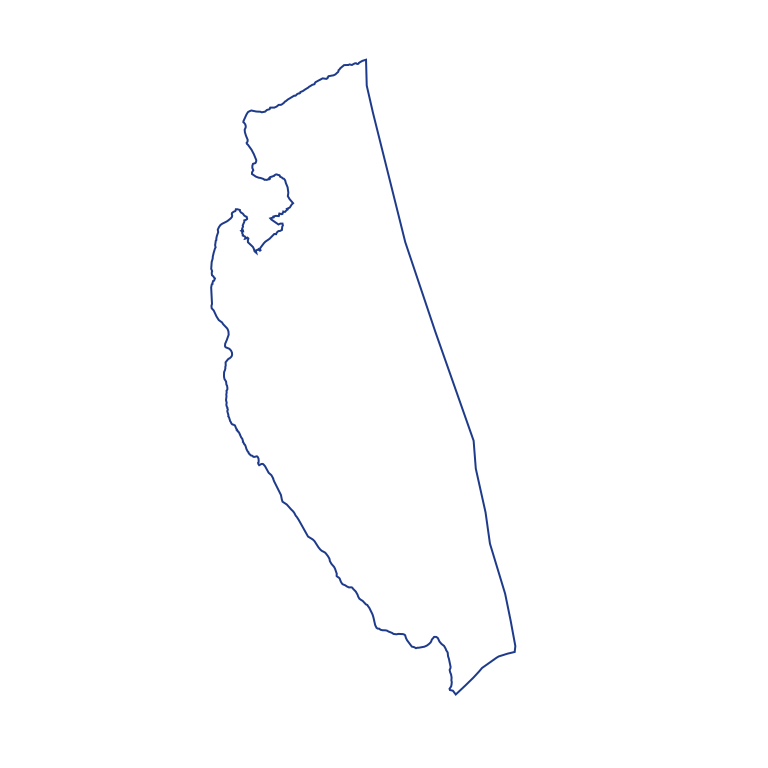 the district of Buru, Maluku, Indonesia, rotated 239°
{"feature_id": "22746128B29167244459072", "entity_name": "Buru", "entity_type": "district", "adm_level": 2, "iso_a3": "IDN", "parent_name": "Indonesia", "parent_adm1": "Maluku", "projection": "albers", "projection_center": [126.803, -3.345], "detail": "fine", "context": "isolated", "style": "outline", "palette": "blue", "viewbox_px": 768, "rotation_deg": 239, "n_neighbors": 0, "source": "geoboundaries", "source_scale": "gbopen_adm2", "svg_char_len": 6148}
<svg xmlns="http://www.w3.org/2000/svg" viewBox="0 0 768 768"><g transform="rotate(239 384 384)"><path d="M671.2,535.6L672.1,532.0L672.2,529.5L672.2,527.9L671.8,527.3L671.8,526.3L672.5,525.6L673.4,525.2L673.9,523.9L674.0,520.8L675.7,519.0L675.8,517.8L677.9,514.0L677.1,508.9L676.6,508.1L676.4,506.7L675.5,506.0L675.0,505.1L674.9,504.1L674.4,501.8L674.6,499.7L676.4,495.0L675.9,494.3L675.9,493.7L675.2,493.1L675.2,491.8L677.6,488.8L678.0,480.9L677.6,479.8L676.8,478.8L677.4,476.6L677.3,474.3L677.4,473.1L677.1,471.6L677.1,468.1L676.9,465.3L677.3,462.7L676.7,462.1L676.6,461.3L677.1,460.4L677.2,458.6L676.7,457.1L676.9,456.1L677.4,455.6L677.4,448.2L677.0,445.5L677.1,444.5L676.6,443.2L676.3,440.8L676.4,439.3L677.5,437.5L677.1,434.9L677.4,432.3L679.4,429.1L679.5,428.7L678.8,428.1L678.5,427.3L679.2,424.8L678.7,422.3L679.1,421.2L679.9,419.1L681.1,418.2L683.3,414.9L686.8,411.1L687.1,409.0L687.1,407.4L685.9,405.0L681.6,398.8L680.8,398.3L680.2,398.6L678.0,398.8L676.2,398.3L675.1,397.5L673.8,395.6L671.6,394.5L668.1,393.6L663.5,392.9L662.1,391.9L661.4,390.4L660.5,390.2L659.1,390.6L653.1,391.1L647.9,390.8L641.6,389.8L640.9,389.3L640.0,388.3L639.6,387.5L640.2,385.1L638.9,383.6L637.0,382.4L634.6,382.1L633.4,379.9L632.0,379.0L627.7,381.0L625.3,382.9L624.3,384.2L621.8,386.3L620.6,386.7L620.3,387.4L619.4,388.5L619.0,389.9L619.1,390.5L618.5,391.3L618.7,392.0L619.2,392.0L619.6,391.6L620.0,393.0L619.7,394.1L619.4,394.5L619.5,395.0L619.0,397.0L619.3,397.4L619.3,399.1L618.9,400.0L617.6,401.0L616.8,401.9L616.4,402.0L615.6,401.7L615.0,401.8L613.8,402.7L612.2,403.2L611.5,403.9L610.3,404.1L609.2,404.1L607.0,403.4L602.3,402.7L597.2,400.5L594.5,398.3L591.0,398.3L585.8,399.2L585.4,397.3L583.8,394.2L584.1,391.0L583.2,391.1L583.2,390.2L582.5,387.7L583.7,386.5L583.0,385.9L582.8,385.1L582.1,384.6L582.2,383.8L584.0,382.1L583.3,381.3L582.5,380.9L582.1,380.3L583.9,377.8L584.5,375.4L583.7,375.2L584.5,371.9L582.9,372.2L575.1,375.7L574.9,377.7L573.8,379.6L572.0,379.0L571.3,377.8L569.2,376.3L569.3,376.2L568.6,375.6L568.8,373.6L569.4,372.4L569.3,371.0L568.5,369.2L568.0,368.7L569.1,367.2L567.4,360.6L567.1,355.6L566.6,353.7L564.3,348.0L563.8,347.4L562.2,347.0L562.2,346.3L563.5,345.7L564.2,345.8L564.1,344.6L564.5,343.2L564.3,342.3L563.4,342.5L562.2,342.1L564.4,341.4L567.2,342.1L569.1,342.2L575.6,340.4L577.1,341.2L578.6,342.7L579.9,342.3L580.1,341.4L579.8,340.8L580.1,339.8L580.7,340.7L582.1,340.7L584.0,339.4L584.6,340.0L586.0,340.0L587.1,340.7L588.4,340.6L587.5,341.9L588.5,342.3L589.3,341.7L590.1,342.3L591.5,344.2L592.6,344.5L595.1,347.9L595.7,348.4L596.2,348.5L595.8,350.4L595.9,351.6L596.1,351.8L598.1,352.4L598.7,351.8L600.5,350.9L601.7,350.9L603.1,350.6L604.7,349.7L606.4,349.6L607.4,350.1L609.3,348.3L610.1,347.0L609.3,346.3L608.8,345.6L609.1,343.8L608.9,341.9L608.0,341.0L606.7,340.7L605.6,339.8L604.9,338.0L604.3,333.7L604.4,331.5L604.7,327.8L604.5,325.6L603.4,323.2L601.9,321.0L599.6,320.1L596.8,316.8L595.3,315.4L593.7,314.4L593.6,313.7L589.9,310.7L587.8,310.0L587.2,308.9L584.2,305.6L581.3,302.8L579.7,301.7L577.4,299.2L571.7,295.2L569.2,294.8L568.8,294.2L567.3,293.2L565.8,292.6L564.0,293.2L562.6,293.1L561.6,293.5L560.1,291.6L560.3,290.5L558.8,288.9L558.1,288.6L558.1,287.7L555.8,285.6L541.2,277.8L539.8,276.3L537.6,275.3L534.7,275.9L528.1,275.2L523.9,275.3L520.1,276.9L518.2,276.9L512.4,278.2L510.9,278.1L509.1,277.7L506.2,276.2L502.6,271.8L500.3,268.6L498.5,267.3L497.7,267.1L496.9,267.3L493.8,269.6L491.3,270.1L489.1,269.8L487.2,268.8L486.2,267.6L485.9,266.8L485.5,264.8L485.7,263.8L485.4,262.7L484.2,259.4L481.3,257.8L480.4,256.8L479.0,256.0L477.5,254.4L476.6,253.1L473.2,250.9L471.6,250.2L470.2,249.8L467.5,249.9L464.6,248.6L463.4,248.6L461.2,247.7L460.0,246.9L459.3,245.5L457.8,244.8L456.2,243.4L454.5,242.6L451.6,240.3L449.0,239.5L447.3,238.1L445.6,237.6L444.4,237.6L444.0,237.2L442.9,237.1L442.3,236.8L441.8,236.0L441.2,235.6L437.4,234.6L436.4,233.8L435.8,234.0L434.9,233.9L431.3,233.0L429.7,233.1L429.3,232.9L428.5,232.9L427.4,233.2L426.7,234.0L425.2,234.9L422.3,234.4L421.4,234.5L420.9,234.2L420.6,234.4L420.4,234.2L420.2,234.4L419.0,234.2L418.8,234.5L418.2,234.4L417.7,234.7L416.4,234.7L415.7,234.5L414.9,234.6L414.5,234.4L411.8,234.1L410.0,234.3L407.3,233.6L407.0,233.2L406.0,233.4L404.7,233.2L404.2,233.4L403.9,233.3L403.3,233.5L402.3,233.4L399.1,232.6L396.3,232.4L395.5,232.7L394.6,232.4L393.8,232.6L393.2,232.5L392.4,232.9L391.5,233.0L390.2,234.2L388.9,234.5L388.2,235.5L387.5,237.8L386.3,238.2L384.7,238.0L383.2,237.3L381.5,236.2L381.2,235.4L379.8,235.1L378.7,235.2L378.6,237.6L378.3,238.4L377.5,239.2L374.8,239.7L367.3,239.4L363.9,240.5L360.2,240.4L360.1,240.2L357.2,239.7L341.9,238.5L337.8,237.0L335.4,236.4L330.8,238.6L324.4,239.8L321.7,240.5L319.8,240.7L316.6,240.5L314.8,240.8L311.3,240.9L292.4,240.3L287.4,242.9L285.1,243.5L277.8,243.7L275.0,244.1L273.1,244.7L270.2,246.5L268.8,246.9L265.0,247.3L262.2,247.2L260.1,246.4L257.0,246.3L252.9,247.0L251.0,246.9L245.8,245.8L243.8,244.5L243.0,244.7L241.2,245.6L240.1,245.8L236.8,245.2L234.7,245.2L233.7,245.4L231.2,247.2L229.6,247.9L227.7,249.2L226.6,251.2L225.8,251.9L224.4,252.0L220.6,252.9L216.9,252.8L215.3,252.4L212.7,252.3L210.8,253.1L209.1,254.0L204.4,255.0L203.2,255.9L201.6,255.9L199.7,256.1L192.5,255.5L189.6,254.8L182.0,252.3L178.9,252.0L177.5,252.7L176.7,253.9L175.2,254.4L173.7,255.9L172.1,258.4L171.0,259.6L169.6,260.3L166.5,262.7L164.9,263.4L163.0,265.8L162.4,267.6L159.8,271.5L158.5,272.5L157.7,272.7L155.0,272.0L152.5,271.8L144.6,272.6L142.8,274.4L141.1,275.3L140.7,276.9L140.1,277.8L138.0,283.4L137.7,286.3L138.0,288.8L138.5,290.9L139.3,292.2L140.3,293.4L141.0,295.7L141.4,296.5L141.1,297.3L140.2,298.6L138.4,299.3L134.7,298.9L131.6,299.4L128.5,300.6L125.3,300.5L123.8,300.2L121.1,300.3L117.7,298.7L115.0,298.1L107.3,295.4L106.3,294.7L105.1,293.0L102.7,292.2L100.5,291.9L97.5,290.7L95.2,289.1L93.6,288.6L91.6,287.1L90.2,285.8L89.0,283.2L87.7,282.9L85.6,285.1L80.9,285.6L83.7,298.6L86.3,309.5L88.6,317.4L90.1,321.8L91.4,339.4L91.4,342.0L89.2,351.1L87.0,358.0L91.7,361.6L116.3,370.8L141.8,379.8L192.6,392.6L221.6,404.9L264.2,419.1L289.2,431.6L402.8,455.0L494.7,475.3L622.4,514.3L648.7,522.9L671.2,535.6Z" fill="none" stroke="#1e3a8a" stroke-width="2"/></g></svg>